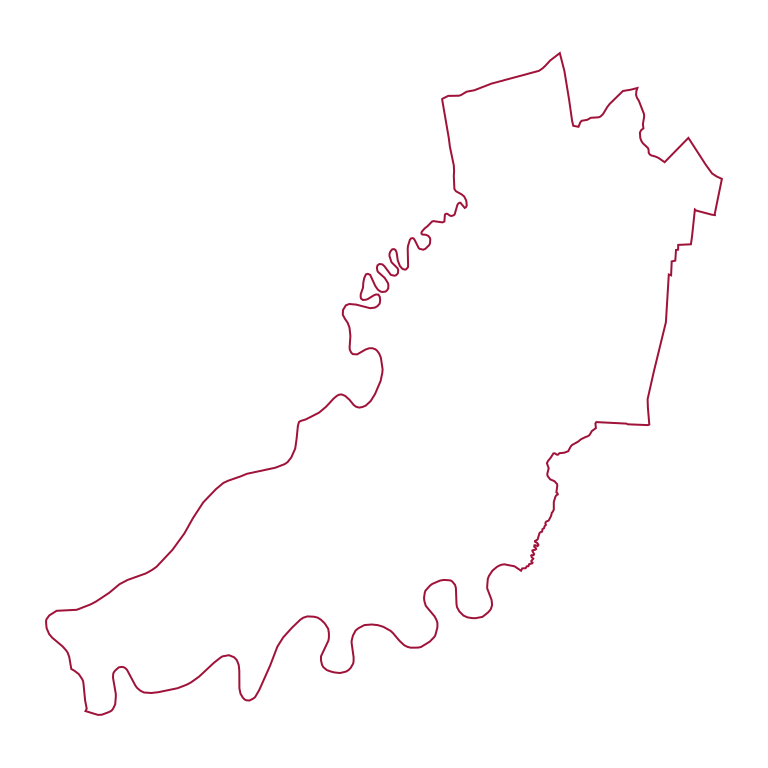 the district of Vi Thanh, Hau Giang, Vietnam
{"feature_id": "81297802B29627750987730", "entity_name": "Vi Thanh", "entity_type": "district", "adm_level": 2, "iso_a3": "VNM", "parent_name": "Vietnam", "parent_adm1": "Hau Giang", "projection": "natural_earth1", "projection_center": [105.433, 9.753], "detail": "fine", "context": "isolated", "style": "outline", "palette": "rose", "viewbox_px": 768, "rotation_deg": 0, "n_neighbors": 0, "source": "geoboundaries", "source_scale": "gbopen_adm2", "svg_char_len": 6081}
<svg xmlns="http://www.w3.org/2000/svg" viewBox="0 0 768 768"><path d="M448.9,138.7L449.9,146.7L453.8,165.4L454.1,171.0L453.8,175.9L454.4,189.0L456.0,191.3L461.5,194.3L464.2,196.5L466.0,200.1L466.5,202.1L466.7,205.6L466.0,207.1L464.7,207.9L460.5,202.8L459.6,202.7L458.2,203.6L457.4,204.9L454.6,214.5L453.6,215.3L451.3,216.0L450.1,215.7L447.4,213.9L446.3,213.7L445.4,214.1L444.9,214.7L444.4,221.5L442.4,222.4L433.5,221.1L432.1,221.5L427.6,226.1L424.5,228.6L421.9,231.6L421.4,232.9L421.6,233.9L422.4,234.5L425.9,234.8L428.3,235.9L429.8,237.7L430.3,239.3L430.0,243.4L429.1,245.2L425.4,248.8L423.3,249.7L419.8,248.9L418.7,248.1L414.8,240.2L413.5,238.4L412.5,238.1L411.0,238.5L409.9,239.8L408.0,245.9L407.7,248.4L408.1,265.5L407.9,267.4L405.9,269.5L404.2,269.5L402.4,268.8L399.9,266.0L397.8,260.6L396.6,252.5L395.5,250.0L394.0,249.1L392.3,249.3L391.4,250.2L390.2,251.9L389.5,253.9L389.5,256.1L391.5,262.2L397.4,268.1L398.0,269.3L398.2,270.4L397.9,273.0L397.5,273.8L396.0,275.3L394.1,275.7L390.8,274.8L384.5,266.3L382.4,264.4L379.7,264.0L378.8,264.4L377.5,265.4L376.9,267.7L377.4,270.8L378.0,271.9L384.7,277.9L387.9,283.0L388.4,285.2L388.2,288.6L386.4,291.0L385.4,291.6L382.4,292.0L380.7,291.6L377.9,289.7L375.3,286.0L370.2,274.9L367.8,273.8L365.9,274.4L364.2,278.2L363.3,282.7L363.0,287.7L360.7,294.3L360.7,297.1L361.0,298.5L362.9,300.0L365.9,299.7L367.7,299.1L373.7,295.4L375.9,294.5L378.3,294.6L379.7,296.6L380.2,300.1L379.7,303.6L377.5,306.1L374.9,307.6L370.2,308.2L356.2,304.6L349.2,304.0L345.8,305.4L343.0,310.0L342.8,314.8L345.0,318.9L347.7,322.8L349.5,327.7L350.4,336.1L349.6,347.3L349.8,349.7L351.2,352.6L352.8,354.1L357.1,354.4L365.6,349.5L369.1,348.3L372.3,348.2L375.2,349.2L377.0,350.6L379.2,353.6L380.9,357.8L382.6,369.3L382.3,372.9L380.6,381.0L375.0,394.1L370.7,401.0L365.9,405.5L362.5,407.0L359.1,407.6L356.0,406.7L353.6,404.9L349.6,399.9L345.2,395.9L341.5,394.4L338.7,394.8L336.7,396.0L333.6,398.6L326.0,406.8L319.1,412.6L305.8,419.4L300.6,421.0L299.0,422.0L297.9,425.8L296.6,438.8L295.2,448.6L291.3,457.4L287.6,462.1L284.7,464.1L275.4,467.7L246.9,473.8L240.6,476.4L227.9,480.8L223.3,483.0L216.0,489.1L203.3,502.3L193.1,517.9L184.4,533.4L172.5,549.8L156.5,566.8L151.8,570.1L145.9,573.4L127.7,579.9L119.5,584.2L109.2,592.8L95.9,601.6L90.6,604.4L76.7,609.8L56.6,610.8L49.3,615.4L46.5,619.2L46.1,620.6L46.1,622.9L46.6,628.1L49.1,634.0L52.2,637.7L62.7,646.5L66.3,650.6L67.6,652.6L69.2,656.8L71.3,669.0L74.2,670.6L78.8,674.1L82.3,679.3L83.1,681.2L83.5,683.9L85.1,700.3L86.7,708.7L85.5,711.1L98.0,714.9L101.9,714.7L108.8,712.1L111.5,710.7L113.0,708.9L115.2,704.3L115.8,696.8L115.8,693.9L113.0,677.7L113.2,674.0L113.7,672.5L115.3,670.4L118.9,667.3L122.0,666.9L123.7,667.2L125.5,668.3L127.0,669.8L135.4,685.6L137.0,687.8L140.5,690.8L144.0,692.5L151.3,693.0L158.3,692.2L177.6,688.2L186.7,684.7L191.0,682.4L199.0,676.7L213.9,662.8L220.1,657.9L222.4,656.4L228.9,655.2L234.0,657.2L235.7,658.9L236.9,660.3L238.7,665.0L239.3,670.5L239.4,688.3L240.5,693.7L242.9,697.7L244.8,699.6L246.4,700.3L249.5,700.5L253.4,698.5L255.1,697.1L259.2,690.1L270.2,665.4L277.4,646.6L283.2,637.4L291.8,627.9L300.3,619.7L303.3,617.7L307.4,616.4L313.8,616.7L317.6,617.6L320.9,619.7L324.7,623.3L328.2,628.8L328.9,633.0L328.9,637.8L328.4,640.6L321.0,656.3L321.0,660.3L322.0,664.8L323.3,667.1L326.8,670.1L331.4,671.7L334.2,672.4L339.6,673.0L341.6,672.7L346.2,671.5L348.5,670.1L350.6,668.0L353.2,663.5L353.6,660.9L353.6,657.2L351.6,642.8L351.7,640.4L352.9,635.7L355.6,630.5L358.6,628.1L364.4,625.1L371.6,624.5L377.7,625.1L383.3,626.8L390.5,630.8L392.9,633.0L399.4,640.7L403.7,644.8L405.5,645.9L407.6,646.9L410.7,647.7L418.1,647.6L421.0,647.0L429.8,641.6L433.9,637.4L435.2,635.7L437.4,627.4L437.4,622.9L436.6,620.3L434.6,616.4L425.8,605.9L424.4,601.2L424.0,598.0L424.8,592.6L425.5,590.6L430.0,585.6L432.3,583.9L440.0,580.6L444.0,579.9L450.4,580.4L452.1,581.3L455.1,585.0L455.9,588.1L456.5,604.0L457.0,607.2L459.3,611.4L463.5,615.6L467.6,617.4L472.2,618.1L475.4,618.2L482.4,616.9L487.9,612.6L489.8,610.5L490.9,608.9L492.1,605.0L491.6,600.0L487.2,588.4L487.2,586.0L487.8,579.0L488.9,576.0L492.4,570.7L496.9,566.9L498.9,565.8L501.3,564.8L504.2,564.3L514.5,566.3L521.0,570.7L522.3,568.4L525.6,568.2L526.8,566.3L528.4,566.2L529.1,564.2L532.3,563.3L532.5,562.6L531.6,562.2L531.3,561.0L533.3,558.7L531.7,557.1L531.2,555.5L531.6,555.1L533.6,555.1L534.1,554.1L532.3,550.8L532.5,550.3L535.4,549.7L536.1,549.1L536.0,548.3L534.2,546.7L534.4,545.3L535.3,545.2L537.6,546.1L538.4,544.9L537.4,543.1L535.0,541.7L535.0,541.0L537.6,539.5L539.5,533.1L540.3,532.3L542.1,531.6L542.5,529.1L544.0,528.2L544.7,526.0L545.9,524.9L545.4,523.6L545.6,522.4L546.4,521.5L548.6,520.6L551.1,515.9L551.8,512.8L552.7,511.9L553.8,509.6L553.8,502.0L555.3,497.0L556.1,495.5L557.8,494.4L557.4,493.2L556.4,492.4L557.3,485.5L557.1,484.1L554.3,481.1L550.1,479.3L547.7,476.1L547.3,474.9L547.4,473.3L548.7,468.3L546.9,463.2L548.1,460.8L550.7,457.7L553.4,453.4L554.7,453.3L556.9,454.7L558.0,454.7L559.4,453.2L564.3,452.7L568.2,451.2L570.6,446.7L571.9,445.1L578.3,441.5L580.9,439.3L585.8,436.9L587.7,436.3L589.4,435.2L591.9,431.0L595.9,428.1L595.4,423.5L596.3,422.1L626.4,423.6L627.7,424.3L647.9,425.1L649.3,424.5L647.9,407.7L647.6,399.2L653.8,371.7L665.9,322.2L668.8,274.5L671.1,275.3L671.7,261.4L675.3,260.6L676.0,250.0L678.1,249.7L678.2,244.9L690.9,244.3L692.0,236.7L694.9,209.5L696.3,210.6L711.9,214.7L714.9,215.1L714.8,213.8L716.5,205.2L721.9,178.9L716.7,176.5L712.1,173.5L705.8,164.8L688.4,137.9L664.6,162.2L658.5,157.9L655.0,156.4L651.5,155.5L649.7,154.4L648.7,152.7L648.6,149.9L648.0,148.1L642.8,143.2L641.5,141.2L640.3,138.1L639.9,132.6L641.2,130.1L643.4,128.4L642.9,124.1L644.1,117.0L644.1,114.3L638.9,100.9L637.1,98.0L636.1,95.1L636.3,91.4L637.4,88.0L630.8,89.7L622.9,91.0L609.6,104.0L607.3,107.0L603.0,114.1L600.4,116.6L598.6,117.3L590.8,117.8L587.3,119.8L581.6,120.8L580.3,122.3L578.5,126.8L573.3,125.8L572.1,120.8L569.1,99.7L564.4,71.0L559.8,53.1L550.3,60.4L545.2,65.9L542.4,68.5L539.0,70.8L491.5,83.6L474.2,90.3L466.6,91.7L460.9,95.1L459.0,95.7L448.2,95.9L442.9,98.5L442.1,99.2L448.9,138.7Z" fill="none" stroke="#9f1239" stroke-width="2"/></svg>